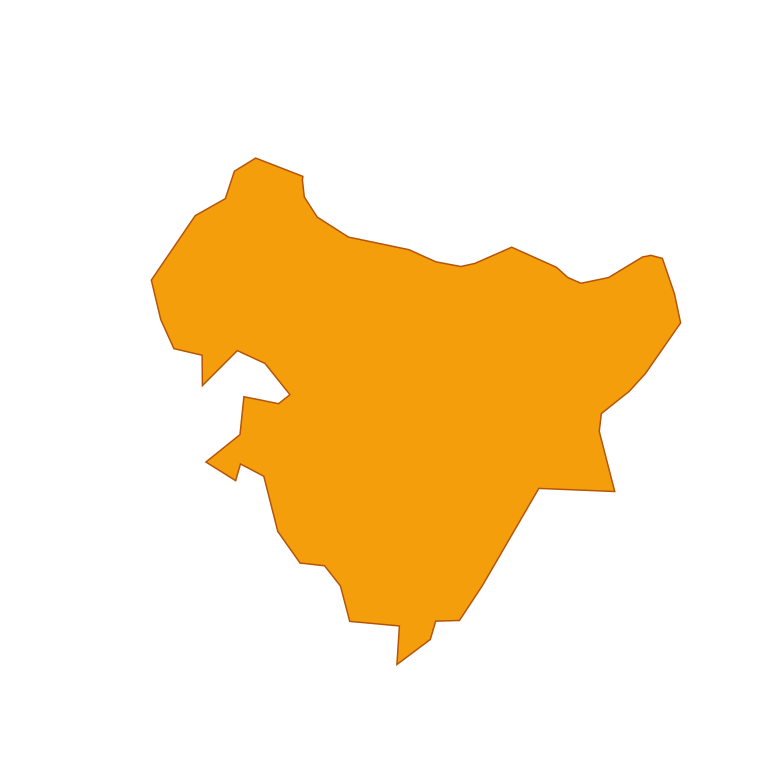 the district of King George, Virginia, United States of America, rotated 28°
{"feature_id": "52423323B49915090646837", "entity_name": "King George", "entity_type": "district", "adm_level": 2, "iso_a3": "USA", "parent_name": "United States of America", "parent_adm1": "Virginia", "projection": "albers", "projection_center": [-77.168, 38.271], "detail": "fine", "context": "isolated", "style": "filled", "palette": "amber", "viewbox_px": 768, "rotation_deg": 28, "n_neighbors": 0, "source": "geoboundaries", "source_scale": "gbopen_adm2", "svg_char_len": 842}
<svg xmlns="http://www.w3.org/2000/svg" viewBox="0 0 768 768"><g transform="rotate(28 384 384)"><path d="M465.2,609.7L511.2,590.4L527.1,625.6L544.8,587.8L541.0,569.1L561.6,557.4L565.5,515.9L569.7,403.5L638.2,370.6L596.3,324.8L589.8,308.1L604.0,275.2L609.9,252.0L617.2,190.8L598.1,168.0L570.8,142.4L559.3,145.1L552.6,150.5L532.3,184.6L510.6,202.6L496.2,203.7L481.5,200.0L432.5,203.3L407.7,234.8L396.7,244.2L372.4,251.8L343.0,253.7L283.6,271.0L246.7,268.0L225.8,256.3L216.2,242.2L214.9,238.8L164.6,244.8L152.0,266.3L156.9,294.8L138.3,323.9L129.8,401.5L156.7,432.0L181.9,451.4L209.9,444.0L224.4,470.7L238.8,423.4L269.2,421.7L306.0,437.6L300.1,450.9L266.3,461.0L280.6,496.3L263.4,536.5L298.4,539.0L294.8,522.0L321.2,521.9L359.5,564.1L394.0,581.5L416.8,572.4L440.4,582.8L465.2,609.7Z" fill="#f59e0b" stroke="#b45309" stroke-width="1.5"/></g></svg>